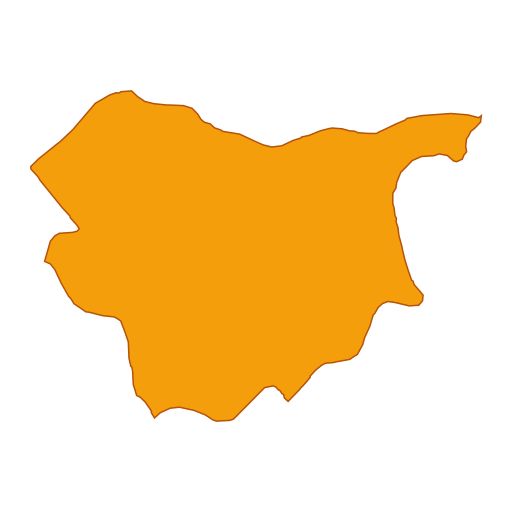 the district of San José Pinula, Guatemala
{"feature_id": "79465075B29005595464714", "entity_name": "San José Pinula", "entity_type": "district", "adm_level": 2, "iso_a3": "GTM", "parent_name": "Guatemala", "parent_adm1": "", "projection": "orthographic", "projection_center": [-90.33, 14.549], "detail": "fine", "context": "isolated", "style": "filled", "palette": "amber", "viewbox_px": 512, "rotation_deg": 0, "n_neighbors": 0, "source": "geoboundaries", "source_scale": "gbopen_adm2", "svg_char_len": 2317}
<svg xmlns="http://www.w3.org/2000/svg" viewBox="0 0 512 512"><path d="M154.5,418.0L159.7,413.2L161.0,412.4L170.2,408.2L179.5,407.2L190.4,409.6L193.8,410.3L205.3,414.9L212.9,419.9L216.5,421.1L229.7,420.4L233.3,419.2L236.0,416.6L264.6,387.6L273.2,385.9L276.1,387.2L278.4,390.0L279.6,390.2L282.1,393.8L283.6,394.5L284.4,398.0L288.1,401.4L299.8,389.3L300.5,388.1L302.3,386.5L306.3,382.0L310.2,377.3L310.2,376.0L315.8,370.0L321.7,365.2L325.5,363.2L333.0,362.6L336.0,361.9L338.1,361.5L349.7,359.4L353.8,356.6L357.4,354.4L362.7,344.6L364.7,337.5L369.8,326.4L373.2,314.9L374.8,313.4L378.2,307.4L382.6,303.5L388.0,301.5L395.4,302.6L409.4,305.9L418.8,305.2L422.5,300.9L423.1,295.1L414.1,284.5L413.0,281.1L411.5,280.0L409.6,274.4L407.8,269.2L404.8,259.5L402.5,249.8L401.9,246.5L398.9,235.5L398.0,227.7L396.1,222.0L396.4,218.2L395.0,215.6L394.1,208.1L392.8,203.4L392.8,193.2L395.9,188.2L396.7,182.3L400.7,172.4L406.3,166.8L412.2,160.6L421.4,156.5L434.0,155.7L439.2,153.9L447.4,155.5L453.5,160.9L456.6,161.7L462.3,159.2L464.1,154.7L465.1,153.7L466.6,151.8L465.7,146.1L466.6,138.5L468.1,136.6L471.1,131.0L472.7,129.9L474.9,128.1L480.5,122.2L481.3,115.7L478.8,117.7L467.9,114.9L451.0,113.5L437.0,114.5L421.9,115.6L406.9,118.4L405.1,120.1L395.7,124.1L386.1,128.7L383.6,129.9L381.9,130.7L379.1,131.9L376.5,133.5L367.6,133.4L358.2,132.7L354.1,131.1L349.7,130.9L342.2,128.8L332.2,128.0L328.9,128.6L320.4,130.8L309.0,135.4L301.6,137.0L300.9,138.0L293.2,140.4L281.7,145.8L271.7,147.0L263.2,144.9L256.5,142.0L239.6,134.1L222.8,131.4L221.1,130.1L214.4,127.8L210.3,123.9L204.3,122.2L200.9,119.3L197.7,114.1L192.2,108.4L185.1,106.1L183.3,105.6L169.0,105.0L166.8,105.0L154.0,103.7L144.9,101.5L137.6,96.6L131.6,90.9L120.9,91.7L119.1,93.0L116.0,92.8L109.6,95.0L95.3,103.3L72.8,129.7L60.2,141.6L56.4,144.5L38.3,159.1L30.7,166.6L31.0,169.1L38.2,177.0L39.9,180.1L62.5,208.0L70.0,216.1L70.3,217.8L77.0,225.2L79.2,228.8L77.2,231.2L72.4,232.4L59.3,233.3L54.9,235.8L52.8,238.3L50.4,241.1L44.6,261.4L50.3,263.9L54.7,269.3L61.4,283.5L68.6,296.3L71.0,298.8L73.9,303.6L85.8,311.8L88.9,312.2L102.8,315.7L114.1,316.9L116.9,318.4L120.7,320.9L124.8,331.5L128.3,341.9L129.0,358.4L130.8,366.3L131.8,367.0L132.6,371.3L133.3,384.6L136.7,395.5L140.3,397.3L145.1,401.9L151.5,411.1L151.2,412.4L154.5,418.0Z" fill="#f59e0b" stroke="#b45309" stroke-width="1.5"/></svg>